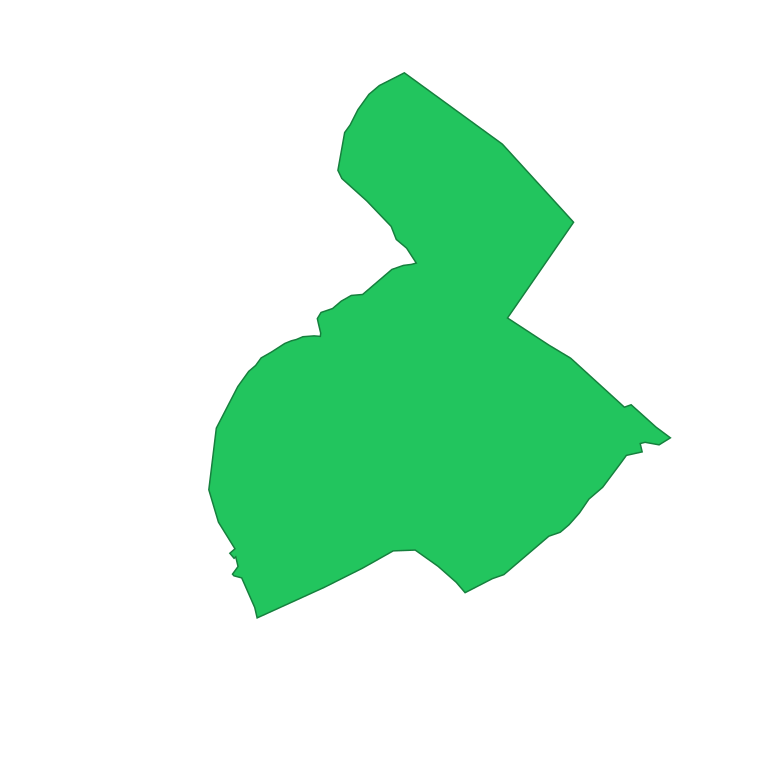 Matariyya, Ad Daqahliyah, Egypt, rotated 229°
{"feature_id": "37247803B28167369066586", "entity_name": "Matariyya", "entity_type": "district", "adm_level": 2, "iso_a3": "EGY", "parent_name": "Egypt", "parent_adm1": "Ad Daqahliyah", "projection": "robinson", "projection_center": [32.012, 31.191], "detail": "fine", "context": "isolated", "style": "filled", "palette": "green", "viewbox_px": 768, "rotation_deg": 229, "n_neighbors": 0, "source": "geoboundaries", "source_scale": "gbopen_adm2", "svg_char_len": 1155}
<svg xmlns="http://www.w3.org/2000/svg" viewBox="0 0 768 768"><g transform="rotate(229 384 384)"><path d="M605.5,603.5L612.3,576.3L612.5,562.7L608.2,544.4L601.7,528.4L599.6,519.3L575.5,489.4L566.7,487.0L533.6,491.1L498.2,492.8L485.0,488.1L471.7,490.2L454.1,487.7L456.3,483.1L460.8,476.4L465.3,465.1L465.6,426.6L472.3,417.4L474.6,406.1L474.7,394.7L479.3,383.4L477.1,376.6L472.7,374.2L463.9,369.6L461.7,367.2L466.2,362.8L472.9,353.8L475.1,347.0L477.4,342.4L479.7,335.7L482.0,319.8L484.3,308.4L482.2,299.3L482.3,290.2L478.0,272.0L460.7,228.5L419.1,182.4L400.0,173.7L388.3,168.4L357.4,163.4L357.4,156.6L350.8,156.5L350.8,158.7L342.0,154.1L339.9,144.9L337.7,144.9L331.0,149.4L300.1,139.8L290.7,134.8L269.7,205.6L259.1,247.0L252.0,281.5L238.2,298.6L210.9,305.2L187.0,308.4L173.3,308.3L166.0,338.1L161.5,349.4L161.1,394.9L161.0,408.5L156.5,419.8L156.4,431.2L157.3,438.3L158.5,447.1L162.7,463.1L162.6,481.3L169.0,510.9L171.1,520.1L163.4,534.3L171.0,538.3L168.7,542.8L157.6,551.7L155.5,564.8L173.0,561.0L206.2,556.9L208.8,550.2L281.0,541.8L304.7,534.1L352.8,520.5L381.7,633.2L487.3,630.7L605.5,603.5Z" fill="#22c55e" stroke="#15803d" stroke-width="1.5"/></g></svg>